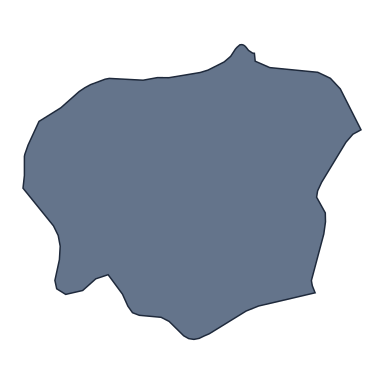 outline of Vayots Dzor
{"feature_id": "ARM-1733", "entity_name": "Vayots Dzor", "entity_type": "Province", "adm_level": 1, "iso_a3": "ARM", "parent_name": "Armenia", "parent_adm1": "", "projection": "natural_earth1", "projection_center": [45.445, 39.743], "detail": "fine", "context": "isolated", "style": "filled", "palette": "slate", "viewbox_px": 384, "rotation_deg": 0, "n_neighbors": 0, "source": "natural_earth", "source_scale": "10m", "svg_char_len": 996}
<svg xmlns="http://www.w3.org/2000/svg" viewBox="0 0 384 384"><path d="M254.4,53.3L255.2,61.2L269.8,67.6L317.8,72.3L330.4,78.3L340.3,88.9L361.0,129.8L352.9,134.2L345.9,142.3L321.6,182.3L317.6,190.9L316.6,197.2L325.3,212.9L325.5,221.8L323.8,234.0L311.4,280.5L311.9,283.6L312.4,286.0L314.7,291.8L315.0,292.6L315.1,292.8L258.6,306.0L246.2,311.0L209.2,333.8L204.3,335.9L199.1,338.4L193.9,339.4L188.7,338.6L183.7,335.8L169.1,321.4L161.1,317.3L139.3,315.3L132.5,312.7L127.9,306.2L122.5,294.2L111.0,278.6L108.1,274.7L95.8,278.8L82.7,290.5L65.7,294.4L56.7,288.8L54.9,280.4L59.4,259.7L60.2,246.2L58.2,235.5L53.5,225.9L23.0,188.2L24.4,175.6L24.4,156.4L24.8,154.4L28.1,145.0L39.0,121.4L60.8,107.8L79.2,91.5L84.9,87.7L90.6,84.6L105.1,79.2L109.3,78.4L143.1,80.2L157.4,77.6L168.9,77.7L200.2,72.5L208.0,70.1L224.2,61.9L230.7,56.3L235.4,49.1L237.0,47.3L239.9,44.8L241.9,44.6L243.6,45.1L245.1,46.2L246.2,47.4L248.5,50.4L252.6,53.1L254.3,53.3L254.4,53.3Z" fill="#64748b" stroke="#1e293b" stroke-width="1.5"/></svg>